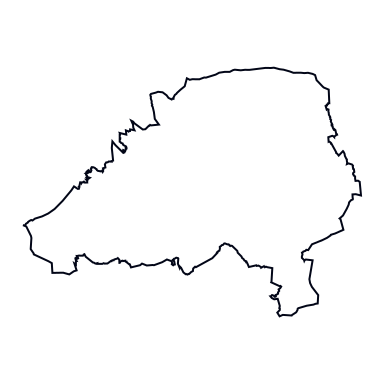 San Miguel de Allende, Guanajuato, Mexico (Robinson projection)
{"feature_id": "50627088B14909927143163", "entity_name": "San Miguel de Allende", "entity_type": "district", "adm_level": 2, "iso_a3": "MEX", "parent_name": "Mexico", "parent_adm1": "Guanajuato", "projection": "robinson", "projection_center": [-100.76, 20.913], "detail": "fine", "context": "isolated", "style": "outline", "palette": "ink", "viewbox_px": 384, "rotation_deg": 0, "n_neighbors": 0, "source": "geoboundaries", "source_scale": "gbopen_adm2", "svg_char_len": 5955}
<svg xmlns="http://www.w3.org/2000/svg" viewBox="0 0 384 384"><path d="M279.6,316.3L282.8,314.9L291.7,315.5L292.0,315.0L296.2,312.3L297.5,310.0L297.7,308.7L298.3,308.2L306.8,305.7L313.5,304.6L315.5,303.8L317.7,303.5L318.2,295.1L311.9,286.9L310.1,283.1L309.4,279.2L312.6,260.3L305.8,259.5L304.6,260.3L304.3,260.9L304.0,259.9L301.9,257.9L301.9,256.3L302.5,254.6L302.0,252.7L302.6,252.6L303.2,251.6L305.5,250.8L306.3,249.8L308.2,250.1L312.0,244.3L322.4,240.1L327.1,237.8L330.6,235.4L330.8,234.8L335.1,233.5L343.4,229.8L340.5,219.2L339.6,218.5L343.0,215.5L346.8,208.7L348.7,204.6L349.1,202.4L351.0,200.2L352.7,199.5L352.9,199.0L352.6,197.2L352.5,194.4L355.8,194.2L361.0,195.5L359.7,181.8L358.0,180.7L355.5,180.9L355.1,178.6L355.1,176.4L353.7,175.5L353.6,174.7L353.0,174.0L353.3,172.8L354.3,172.0L353.9,169.2L353.1,168.9L353.0,167.2L352.7,166.8L353.0,165.7L352.0,164.5L348.5,163.4L346.9,164.1L347.2,162.8L346.8,160.7L346.9,159.4L346.4,159.0L344.9,155.9L344.5,153.6L343.3,151.4L343.0,151.1L338.7,155.6L337.3,153.8L336.1,152.9L336.1,152.1L331.3,143.4L330.9,143.5L330.8,142.8L330.2,142.2L328.9,141.4L328.6,141.6L328.3,137.2L332.3,135.8L333.3,136.2L334.2,137.1L334.2,136.6L336.0,135.3L336.2,134.8L337.1,134.7L337.0,134.2L336.2,133.7L335.4,130.1L334.6,129.4L334.5,130.1L333.9,129.9L332.7,127.5L332.7,126.4L331.6,125.6L331.6,125.1L332.3,125.3L332.4,124.6L330.8,121.5L331.1,120.0L330.2,119.1L330.4,117.9L329.9,117.2L330.1,116.7L328.9,114.8L328.7,112.4L328.4,111.8L328.5,109.5L327.4,109.1L326.7,109.6L325.6,106.0L327.0,105.5L326.8,104.6L328.0,104.1L328.2,103.2L329.3,103.2L328.7,89.6L323.9,87.6L322.8,86.7L316.6,80.2L315.1,75.1L312.6,73.9L308.0,72.8L304.3,73.1L300.6,72.7L293.4,72.8L289.6,71.4L283.6,69.7L279.6,69.2L273.9,67.7L270.9,68.0L265.5,67.9L249.2,69.9L245.0,69.8L240.7,70.3L234.8,69.7L233.1,70.1L229.7,71.9L224.5,71.9L219.2,72.7L215.7,74.6L206.0,77.6L204.2,77.5L199.3,79.3L192.3,79.2L189.8,79.8L186.9,78.3L184.7,86.3L180.6,89.6L177.0,92.9L176.4,93.8L174.9,94.9L173.8,96.9L173.5,98.8L172.5,98.5L171.7,99.5L168.5,97.9L166.6,95.3L162.6,92.3L158.0,91.8L155.9,92.6L151.0,93.9L150.3,94.8L150.5,96.0L150.9,96.5L150.8,98.6L151.7,101.2L151.6,103.1L152.3,104.8L151.9,105.7L152.7,106.9L153.9,112.0L154.8,118.9L158.9,124.6L151.1,125.4L150.1,124.9L149.4,125.8L148.9,125.7L145.4,129.2L142.8,129.5L134.4,123.3L133.2,121.7L131.3,120.7L133.0,124.5L133.3,127.7L134.5,130.3L130.1,129.4L130.0,131.0L129.2,131.1L128.6,131.6L128.1,131.2L125.9,130.4L126.3,134.6L119.8,133.0L120.2,133.9L120.1,134.5L119.7,134.5L119.7,137.1L119.9,137.9L120.3,138.1L120.2,138.9L119.7,138.8L119.7,141.7L120.4,142.0L121.0,142.9L122.7,143.5L123.0,144.6L123.5,145.1L126.1,146.5L126.6,148.1L126.5,148.5L125.7,148.3L125.8,149.4L125.3,150.8L123.2,150.0L123.1,150.5L124.0,150.9L123.6,152.0L124.6,151.8L124.5,152.4L123.3,152.9L115.5,145.2L112.4,141.4L111.8,148.0L113.1,160.6L111.0,161.3L111.2,161.6L108.7,161.5L107.7,162.3L106.2,162.4L104.9,164.3L105.4,167.5L103.0,168.3L103.4,169.5L103.1,170.2L102.6,170.3L102.5,171.1L103.0,171.4L102.7,171.9L102.2,170.8L102.2,171.4L101.1,171.1L100.8,171.4L97.8,170.8L96.9,170.1L96.5,169.1L95.7,168.8L95.0,168.0L93.5,167.3L91.8,167.1L91.4,167.5L91.6,168.1L90.9,168.8L91.4,170.5L90.7,171.5L91.2,172.5L90.5,172.0L89.7,172.1L89.7,171.6L88.8,170.4L87.5,172.1L88.0,172.4L88.1,172.8L87.1,173.3L87.2,171.2L86.5,171.8L86.2,172.9L85.8,173.2L86.5,173.4L86.0,174.7L87.1,175.9L87.3,176.9L86.4,177.4L87.2,178.2L88.4,178.2L88.6,177.4L89.8,177.8L87.5,179.4L86.1,179.5L86.6,180.1L87.4,180.6L87.1,181.9L87.2,182.5L84.8,182.6L83.9,181.6L83.0,182.1L82.8,182.5L81.5,182.4L81.3,183.0L81.0,182.4L80.2,182.3L79.3,186.2L78.9,186.6L79.4,187.0L78.9,188.8L77.8,188.9L74.0,186.4L71.4,190.3L62.6,200.9L54.6,209.0L48.2,213.5L42.1,216.4L35.0,218.6L32.5,220.5L31.2,220.0L29.5,220.9L28.0,222.0L27.9,222.5L25.9,223.8L25.1,225.4L23.0,225.2L26.3,226.5L31.0,236.0L31.4,238.0L30.7,249.1L33.7,253.5L33.8,254.4L48.4,261.2L51.8,263.1L52.4,272.9L63.1,272.7L69.3,274.4L73.8,271.3L76.6,270.4L74.4,263.5L75.9,264.6L75.9,260.7L76.5,260.8L75.7,259.4L77.1,258.8L76.7,258.3L75.6,258.9L75.4,258.2L76.1,257.7L77.2,258.6L78.1,258.3L77.9,257.7L77.2,257.3L76.8,256.0L77.8,256.1L77.9,255.8L78.8,255.6L82.7,255.7L83.1,255.6L83.7,254.5L84.4,254.2L85.7,256.7L92.9,262.5L93.8,262.6L95.4,263.6L96.7,263.3L96.5,263.6L96.8,263.9L102.2,263.9L103.7,263.2L104.5,263.6L107.5,263.5L110.9,261.0L111.6,261.2L112.3,260.2L113.7,260.3L114.2,259.5L117.4,258.5L117.8,258.1L119.3,259.7L119.4,262.9L119.7,262.9L120.7,261.4L121.7,260.9L122.6,260.7L123.0,261.1L125.2,260.7L125.2,261.2L125.7,261.7L126.6,261.7L126.7,262.3L129.2,264.3L129.3,264.1L129.8,264.3L131.0,267.4L140.1,265.2L142.0,263.6L146.8,265.5L152.7,265.0L154.0,265.2L162.2,262.2L166.9,259.5L171.6,261.2L172.2,263.0L171.8,264.2L173.2,265.3L173.9,264.8L173.9,264.5L174.8,264.4L174.2,261.3L173.6,260.2L173.5,260.6L172.9,259.8L176.2,257.7L178.0,258.1L178.3,258.5L177.9,263.7L179.6,267.8L179.9,266.6L181.1,267.8L183.4,272.4L185.7,274.2L186.2,274.0L187.2,274.5L187.7,274.5L188.3,273.9L189.1,274.0L191.3,271.9L192.9,271.1L193.2,268.5L195.1,266.7L195.9,267.2L212.3,258.2L217.2,253.0L216.8,252.8L217.1,252.2L218.4,251.1L219.4,250.7L219.9,248.7L219.8,246.8L221.2,245.9L221.7,245.2L223.0,244.9L224.2,243.5L224.9,243.4L227.4,244.4L228.3,244.3L229.0,244.6L229.4,245.4L230.2,246.0L230.7,245.6L232.1,245.9L237.3,250.9L237.7,252.7L241.5,256.5L242.1,258.0L243.5,259.0L244.4,260.5L245.4,261.0L245.9,261.8L246.2,261.3L246.5,261.5L246.5,262.1L247.2,263.0L248.9,267.0L256.3,265.3L256.7,265.9L258.5,265.6L261.1,267.1L261.2,267.7L263.6,266.4L263.6,266.6L264.7,266.8L264.9,267.2L266.0,266.7L267.3,267.2L272.3,268.1L271.5,281.5L271.2,282.3L279.7,286.2L280.4,285.9L281.2,286.6L280.2,288.2L278.6,289.4L279.2,290.9L278.0,292.4L278.1,293.5L277.8,294.0L275.7,295.0L275.9,296.4L275.6,296.7L274.7,296.8L273.8,295.7L272.4,295.1L271.9,295.1L271.1,296.2L270.4,296.3L271.8,298.0L274.2,299.3L277.7,298.8L279.8,306.0L279.3,308.1L279.8,308.4L279.8,310.0L277.3,312.6L279.6,316.3Z" fill="none" stroke="#020617" stroke-width="2"/></svg>